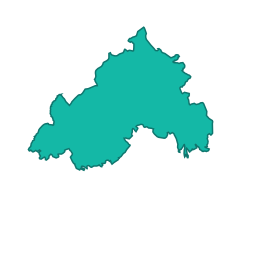 the district of Manono, Katanga, Democratic Republic of the Congo, rotated 316°
{"feature_id": "63176286B74212537268608", "entity_name": "Manono", "entity_type": "district", "adm_level": 2, "iso_a3": "COD", "parent_name": "Democratic Republic of the Congo", "parent_adm1": "Katanga", "projection": "natural_earth1", "projection_center": [27.399, -7.421], "detail": "fine", "context": "isolated", "style": "filled", "palette": "teal", "viewbox_px": 256, "rotation_deg": 316, "n_neighbors": 0, "source": "geoboundaries", "source_scale": "gbopen_adm2", "svg_char_len": 5807}
<svg xmlns="http://www.w3.org/2000/svg" viewBox="0 0 256 256"><g transform="rotate(316 128 128)"><path d="M41.4,74.3L41.1,75.7L41.4,76.3L42.7,76.4L42.9,77.2L42.7,78.3L43.0,79.2L44.5,79.8L46.1,80.1L46.4,82.0L47.0,81.9L47.8,82.3L48.3,82.2L49.1,82.4L49.2,83.8L46.7,83.6L46.7,84.2L45.7,85.9L45.8,86.7L45.5,87.4L43.5,87.9L43.1,88.6L43.3,89.2L44.0,90.1L47.5,90.8L47.8,91.2L47.6,92.2L46.6,93.5L47.1,94.4L50.1,94.6L51.8,93.3L54.3,93.2L54.5,93.8L54.6,95.0L54.1,96.4L55.5,99.6L57.6,100.5L58.2,100.5L58.7,100.0L59.4,98.3L60.5,98.9L62.0,100.5L63.5,101.0L65.8,101.1L66.7,100.6L67.0,100.0L67.9,100.2L71.2,101.8L70.7,103.9L70.9,104.8L70.2,107.8L69.4,108.4L66.3,109.0L64.6,113.9L64.7,114.3L64.4,115.0L64.4,116.4L64.6,116.4L64.8,116.8L64.0,118.0L62.8,121.2L64.1,124.6L65.6,124.3L66.9,127.8L67.9,127.6L68.2,127.0L67.2,124.6L67.2,123.8L68.0,123.4L68.9,124.0L69.6,125.3L70.3,128.8L70.8,128.6L71.1,127.6L71.8,127.0L72.8,127.1L73.4,127.5L73.8,128.1L74.0,130.1L74.6,131.0L76.9,131.5L79.2,133.7L79.7,133.8L80.3,134.3L81.6,134.5L81.6,136.6L82.2,137.6L82.9,137.2L83.5,137.3L84.1,137.1L84.7,136.1L84.4,135.7L84.6,135.4L86.9,137.4L88.0,137.1L88.7,136.3L89.4,136.2L90.6,136.6L91.4,137.5L91.6,139.2L92.6,139.3L92.4,140.2L91.8,140.8L91.4,142.9L94.0,143.1L98.8,144.0L99.8,143.6L100.6,143.7L100.7,142.9L101.5,143.4L103.3,143.7L106.9,143.1L109.0,143.5L112.2,142.6L117.0,142.1L117.6,141.8L117.2,140.4L117.6,138.1L117.2,136.1L117.7,133.4L118.1,132.7L118.4,133.1L119.5,133.6L120.3,135.3L120.9,135.7L121.0,136.3L121.4,136.7L125.7,136.6L125.8,135.8L126.6,134.7L128.4,133.8L129.8,132.2L131.0,131.7L131.4,132.2L131.5,132.9L131.2,134.7L131.2,136.2L134.7,135.2L135.0,134.7L134.8,132.6L135.5,132.4L136.6,132.6L138.1,133.6L139.5,134.1L140.2,134.7L140.9,135.7L140.9,136.3L140.2,138.1L140.6,139.2L142.0,139.8L142.6,140.7L142.8,142.2L144.9,144.8L145.3,146.0L145.7,146.3L143.7,147.6L143.1,148.5L142.8,150.8L143.0,154.5L143.6,156.0L146.9,160.4L147.6,161.0L149.5,161.2L152.0,160.2L153.0,158.7L154.1,159.1L154.1,161.5L156.6,162.0L156.9,163.2L157.0,164.3L156.2,166.0L156.2,166.9L155.7,167.8L155.4,169.1L152.5,174.5L152.1,174.7L150.2,176.4L149.3,178.7L147.9,180.0L147.9,180.8L148.4,181.5L149.0,180.6L150.2,179.6L151.6,180.3L151.9,180.0L153.7,179.9L156.6,178.9L157.0,179.1L156.0,180.7L154.8,181.9L153.2,182.9L150.6,185.3L149.3,187.1L148.7,188.2L149.6,188.0L150.3,187.2L151.0,187.1L151.2,187.7L150.1,190.6L150.6,191.0L152.0,189.8L152.7,187.3L153.8,186.0L154.1,185.1L154.8,184.5L155.3,183.6L156.2,183.3L155.9,186.7L155.7,187.1L155.7,188.1L156.9,187.9L158.3,188.4L159.2,188.1L159.3,187.8L159.8,188.0L160.2,189.1L163.7,190.0L164.4,188.8L164.4,187.7L165.0,186.7L165.3,186.8L165.4,187.2L165.1,187.8L165.3,189.7L165.6,190.4L165.3,192.3L164.7,193.2L165.3,195.4L165.2,196.4L165.6,196.6L165.9,197.2L166.5,197.4L167.5,198.2L168.0,199.3L170.1,200.2L170.6,200.1L171.8,199.5L170.1,195.5L170.3,195.2L171.4,196.0L172.3,196.3L172.9,195.0L174.4,194.7L176.3,193.2L177.8,190.4L178.9,190.1L179.9,188.7L180.7,188.3L182.6,188.6L182.7,190.6L183.2,190.8L185.2,190.5L191.7,183.5L193.3,182.3L193.8,181.3L192.9,177.5L193.1,173.6L196.2,170.8L199.2,163.3L199.4,162.2L199.2,161.5L197.8,160.4L195.7,159.9L193.3,158.4L192.8,156.3L189.9,154.7L188.8,154.6L188.5,153.8L189.3,152.3L191.1,149.9L191.7,147.9L192.1,147.4L193.9,147.4L195.1,146.8L195.5,146.0L196.0,145.7L193.4,141.6L191.2,141.2L191.0,140.4L191.1,139.7L192.7,135.7L193.5,135.1L194.3,135.0L195.5,136.2L196.5,135.6L197.4,136.1L198.9,136.1L201.1,135.0L201.9,135.0L203.1,135.4L204.3,134.9L206.0,134.6L206.9,135.3L208.2,135.0L208.8,134.6L208.8,132.7L208.1,131.4L207.5,129.2L207.1,128.7L207.0,127.0L206.7,126.6L206.7,124.3L207.8,124.5L208.1,123.9L208.5,124.0L209.1,123.4L209.6,123.8L210.4,123.8L211.0,123.6L211.6,122.9L211.9,122.9L212.5,121.9L212.9,119.1L211.1,117.7L209.6,117.1L208.9,115.6L206.5,113.0L206.3,111.7L206.8,111.5L207.3,111.9L208.0,111.9L208.5,111.6L208.6,111.8L208.4,112.2L209.5,112.6L210.0,112.5L210.4,112.9L211.6,113.0L212.3,112.5L212.9,112.5L213.1,111.9L213.3,111.8L213.6,112.1L213.9,112.0L214.5,112.2L214.9,110.6L214.2,109.3L213.3,108.7L212.3,108.5L211.5,109.0L211.0,108.9L210.3,108.3L209.0,108.0L207.6,107.2L206.3,100.1L205.0,97.5L205.2,95.9L205.7,94.9L205.4,92.4L204.6,91.8L204.5,92.5L203.9,92.9L202.7,92.7L201.6,91.3L201.9,89.0L202.0,84.3L202.7,77.1L203.6,75.3L204.9,73.8L206.8,72.8L208.6,69.0L209.3,67.2L209.3,66.4L202.1,65.4L198.2,67.5L196.2,66.9L194.6,66.0L192.1,65.5L191.6,64.9L190.9,64.8L189.0,65.2L188.7,65.5L188.7,66.1L189.2,67.9L190.0,67.9L190.3,68.0L190.5,68.5L190.6,71.7L187.8,74.5L185.7,76.2L185.0,76.0L183.2,73.3L182.5,72.8L181.1,72.5L180.5,69.2L179.6,69.3L178.2,70.1L176.6,70.4L173.4,68.9L170.4,68.4L169.6,67.9L168.6,66.9L167.3,64.7L167.0,63.2L167.6,61.6L166.1,61.1L163.0,64.3L162.1,64.8L161.1,65.0L159.2,64.8L156.7,64.0L155.6,63.9L153.9,64.8L151.7,65.3L147.6,64.3L145.3,64.3L144.2,64.6L142.8,65.8L140.8,68.5L138.8,69.6L137.7,69.7L137.6,70.4L136.9,71.6L136.1,74.9L135.3,76.2L133.9,74.9L126.7,72.1L124.2,70.3L119.3,71.4L116.9,71.2L115.9,70.2L114.9,69.9L110.3,69.9L105.8,70.2L104.5,70.7L101.6,71.1L101.6,65.8L102.4,63.0L102.4,60.4L102.7,58.8L102.5,57.4L103.4,57.4L103.1,57.2L102.2,57.1L101.8,56.2L100.6,56.2L99.3,55.8L99.1,56.0L99.1,56.5L98.3,56.6L98.0,56.9L97.5,56.7L97.0,56.9L96.5,56.8L95.5,57.6L94.4,57.6L93.5,57.1L92.6,57.2L92.5,57.4L91.9,57.1L91.0,57.3L90.4,58.1L89.6,57.9L88.5,58.3L88.1,59.2L87.3,58.8L85.9,59.9L85.2,60.9L83.9,61.8L83.7,62.3L82.0,63.7L81.5,65.5L80.7,66.2L81.1,67.9L80.5,68.7L80.0,70.0L79.6,70.2L79.5,71.8L78.7,72.5L76.9,73.6L76.8,74.0L75.9,73.9L75.9,73.5L73.4,70.4L73.7,69.4L73.1,68.6L72.5,68.6L72.1,68.0L70.5,67.2L68.4,66.9L64.3,67.1L62.7,67.4L59.9,69.0L57.6,68.8L56.8,69.4L56.4,69.4L55.0,69.2L55.2,69.6L55.1,69.8L54.6,69.7L53.6,70.4L53.0,70.4L52.6,71.3L52.1,71.5L50.5,71.0L48.8,71.8L47.9,71.8L45.2,73.7L43.2,73.7L41.4,74.3Z" fill="#14b8a6" stroke="#0f766e" stroke-width="1.5"/></g></svg>